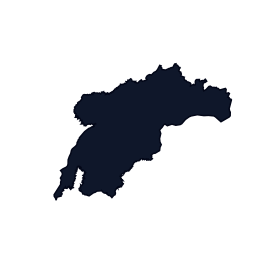 Khao Saming, Trat, Thailand (Equal Earth projection), rotated 232°
{"feature_id": "78962969B42542221471350", "entity_name": "Khao Saming", "entity_type": "district", "adm_level": 2, "iso_a3": "THA", "parent_name": "Thailand", "parent_adm1": "Trat", "projection": "equal_earth", "projection_center": [102.413, 12.449], "detail": "fine", "context": "isolated", "style": "filled", "palette": "ink", "viewbox_px": 256, "rotation_deg": 232, "n_neighbors": 0, "source": "geoboundaries", "source_scale": "gbopen_adm2", "svg_char_len": 5781}
<svg xmlns="http://www.w3.org/2000/svg" viewBox="0 0 256 256"><g transform="rotate(232 128 128)"><path d="M117.4,27.7L115.3,26.9L115.4,27.0L116.1,27.6L116.2,28.2L117.0,28.9L117.1,29.8L115.6,33.3L116.3,33.5L116.2,34.7L116.8,35.6L118.2,35.5L118.7,37.5L118.4,38.7L119.4,38.7L119.4,39.4L120.0,40.5L119.5,41.2L120.0,42.3L118.8,42.0L118.0,42.7L118.1,44.3L118.7,44.7L118.4,45.8L117.3,45.4L116.3,46.3L116.1,45.9L116.6,45.3L116.4,45.0L114.9,45.1L115.3,46.5L114.7,48.2L115.2,48.2L115.6,47.1L116.3,48.0L116.6,49.4L117.4,49.8L117.6,51.0L117.8,51.1L118.3,50.5L119.5,52.3L119.4,53.4L120.4,54.3L120.6,55.3L122.2,55.8L122.5,57.4L123.3,56.9L124.6,58.1L124.9,58.6L124.6,59.3L125.5,59.5L125.7,61.1L126.8,60.8L126.6,62.2L128.4,63.9L128.6,65.0L128.2,65.8L127.6,65.5L127.1,66.3L126.5,65.7L127.1,65.7L127.1,65.1L125.9,64.8L125.6,65.0L126.1,66.4L125.8,66.7L124.8,65.5L123.8,65.5L122.9,66.2L122.8,65.5L122.3,65.6L122.4,66.3L121.9,66.2L121.4,66.9L120.1,67.1L119.8,66.5L119.2,66.9L119.2,66.5L118.4,66.1L118.8,65.4L118.1,64.9L118.4,63.3L116.5,63.4L116.5,62.2L115.6,62.6L115.9,61.8L114.9,62.1L115.1,61.0L114.4,60.2L114.4,59.3L113.8,58.8L113.4,59.1L113.4,58.5L112.2,59.1L111.8,58.8L111.9,57.7L111.1,56.7L111.3,55.8L112.0,55.7L111.4,55.4L111.4,54.7L110.1,53.8L110.5,52.9L110.4,52.2L108.7,51.3L108.0,51.5L107.7,52.4L107.2,51.8L105.8,52.4L103.8,51.8L102.9,52.8L101.7,53.0L101.0,54.6L100.3,54.3L98.5,55.6L98.2,61.1L97.6,62.4L97.4,64.7L95.3,67.8L95.2,68.7L93.6,68.6L91.5,69.2L90.5,70.1L90.7,70.8L90.2,71.2L89.8,71.0L89.7,71.3L88.8,70.7L86.7,71.3L85.8,72.3L83.1,72.5L83.7,75.3L83.4,76.7L84.4,78.0L86.0,78.7L86.8,79.8L87.6,82.5L87.5,82.9L87.0,82.9L87.7,83.3L87.7,83.7L87.3,83.5L87.3,84.6L86.8,84.6L86.4,85.3L86.8,85.9L85.8,86.7L86.4,87.8L86.8,87.6L86.6,88.4L87.1,88.7L86.7,89.3L87.0,89.8L87.3,89.3L88.3,89.9L88.7,89.7L90.2,90.8L90.3,91.3L89.9,91.6L90.5,91.6L90.5,92.3L91.0,90.7L92.0,90.9L91.9,91.3L92.4,91.6L93.1,91.3L94.1,92.3L94.1,93.6L94.6,92.8L94.7,93.5L95.0,93.4L94.8,93.9L95.7,94.5L95.4,95.7L94.4,96.1L94.6,96.8L95.3,96.8L95.0,97.7L95.4,98.4L96.0,98.6L95.6,99.5L95.0,99.5L94.4,102.0L94.0,101.8L93.7,102.2L94.2,103.6L94.0,104.0L95.0,105.3L94.9,105.9L94.4,105.7L94.4,106.3L95.0,107.1L94.9,107.7L95.4,107.6L95.4,108.3L96.3,109.0L96.4,110.3L97.2,111.2L96.9,112.3L97.2,113.6L96.4,114.1L96.6,115.0L95.4,116.6L95.7,117.5L95.4,118.0L95.8,118.6L95.2,120.3L94.8,120.6L94.2,120.2L94.1,121.4L93.0,121.4L92.4,123.3L91.1,123.0L90.9,123.6L91.4,124.2L91.3,124.7L90.0,124.6L89.6,125.5L88.8,126.0L88.8,128.3L90.3,128.2L91.3,129.5L92.2,129.2L92.5,129.7L92.4,132.3L91.4,134.0L90.8,139.0L93.1,141.3L94.4,143.9L97.2,144.5L100.2,146.3L103.5,150.4L107.0,151.6L107.6,155.4L108.6,158.4L108.3,159.6L105.6,160.4L104.0,165.0L100.8,167.3L98.6,171.2L98.3,173.0L99.4,178.5L99.2,183.1L98.6,185.3L95.8,190.8L91.1,195.4L88.4,199.2L84.7,203.1L82.9,203.8L75.7,205.1L74.4,214.5L74.7,216.0L77.6,218.4L78.3,218.3L80.9,219.5L86.5,226.8L87.5,226.8L88.5,225.7L89.8,226.4L90.9,225.6L92.7,229.1L93.8,228.9L94.6,227.1L95.2,226.8L95.8,226.9L98.0,229.1L99.2,229.1L101.5,223.6L103.6,223.4L104.8,222.4L105.6,222.6L106.3,221.2L106.9,221.0L108.1,219.3L110.3,218.6L110.9,217.3L110.2,213.1L110.6,210.6L112.8,211.3L113.5,212.3L115.0,212.7L117.2,215.1L116.5,216.7L116.4,218.8L118.8,219.0L118.9,218.5L118.2,217.3L119.2,216.5L120.2,214.6L120.5,213.2L121.5,213.3L122.3,214.1L124.0,211.7L123.8,210.5L123.3,209.8L120.7,207.7L121.0,206.6L122.0,206.5L122.6,203.2L124.0,204.6L125.1,204.8L127.1,203.8L128.0,202.9L129.7,202.9L130.9,202.0L133.2,203.0L133.4,203.6L136.6,201.6L137.6,203.2L139.0,203.7L139.2,203.4L139.5,203.9L141.1,203.2L142.1,203.3L142.3,204.2L143.2,204.7L143.3,206.1L143.8,206.1L144.0,205.4L146.9,205.6L148.5,204.6L149.1,205.3L149.7,204.1L148.1,200.6L149.1,199.0L149.1,198.0L149.6,197.1L149.2,196.7L149.8,196.3L150.5,193.3L153.3,190.7L154.7,191.6L156.3,191.4L156.6,192.3L157.8,191.6L155.9,187.4L155.3,185.0L155.8,182.7L155.3,179.1L156.7,178.0L157.2,176.6L157.2,174.7L156.3,172.8L154.5,173.0L154.7,171.1L155.9,168.0L157.7,168.1L157.8,166.2L157.4,163.3L159.6,161.6L160.0,162.7L162.2,160.0L164.3,160.7L165.1,160.4L165.0,157.7L165.7,157.5L164.7,156.0L165.7,155.0L164.9,154.8L164.3,153.5L165.3,152.7L165.1,150.9L165.8,150.6L166.2,149.7L167.1,149.0L166.3,148.0L166.5,146.0L165.7,144.7L166.5,144.4L166.7,143.7L166.6,143.2L165.9,143.3L165.6,143.0L166.4,142.4L166.7,141.4L166.1,140.1L166.3,139.5L165.7,138.5L166.4,137.7L165.8,136.8L165.9,136.4L166.6,136.0L166.1,133.8L166.3,133.7L166.5,134.5L166.8,134.5L167.6,132.5L168.0,133.6L168.3,133.5L168.4,131.3L168.9,131.9L169.6,131.0L170.3,131.3L170.8,130.6L171.5,131.0L171.5,130.4L172.2,129.9L172.5,129.2L171.8,128.8L171.8,127.3L173.0,127.2L173.8,125.5L174.4,125.4L175.8,123.5L176.8,123.2L177.0,122.6L176.2,121.1L177.5,121.2L177.1,119.1L178.2,118.1L178.5,116.9L179.3,116.7L179.8,115.6L181.3,114.0L181.6,113.0L180.7,110.3L179.4,109.8L178.6,107.1L178.9,104.4L178.7,103.7L177.9,103.4L177.7,102.2L178.0,101.5L177.6,101.3L177.3,98.7L176.1,98.5L175.7,97.1L173.8,95.4L173.0,95.9L172.2,95.1L171.2,95.8L169.6,94.1L168.9,95.1L168.7,93.3L167.9,94.2L167.5,95.3L166.4,94.3L166.5,95.2L165.8,94.9L165.5,95.9L165.0,96.1L163.4,95.4L163.2,94.8L162.3,96.4L161.7,96.2L161.1,95.1L160.2,95.7L160.0,93.7L158.5,95.7L157.0,95.0L156.7,95.8L156.2,95.6L155.7,96.1L156.0,97.7L155.8,98.6L154.9,100.0L154.0,100.6L153.9,102.1L152.1,102.6L151.7,104.9L151.2,105.0L151.6,102.7L150.2,102.2L150.2,101.5L150.3,101.0L150.9,101.0L151.1,100.6L151.2,98.6L151.8,97.0L151.8,91.6L150.4,84.6L150.0,83.3L149.1,83.0L149.3,81.6L148.3,80.2L148.0,79.1L147.5,79.1L147.1,78.2L146.5,77.9L145.9,75.5L145.8,71.3L145.2,69.7L143.1,67.2L141.7,64.3L139.8,61.3L136.5,58.6L135.4,57.1L135.1,55.4L135.9,51.4L136.0,48.7L133.6,48.7L132.2,48.0L131.3,47.0L130.1,43.9L128.1,43.5L126.8,41.6L125.0,40.2L120.9,28.7L119.5,27.8L117.4,27.7Z" fill="#0f172a" stroke="#020617" stroke-width="1.5"/></g></svg>